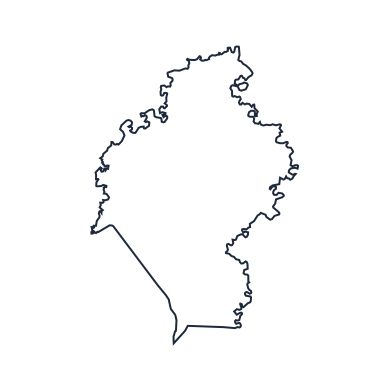 Mueang Yang, Nakhon Ratchasima, Thailand, rotated 282°
{"feature_id": "78962969B16605171909127", "entity_name": "Mueang Yang", "entity_type": "district", "adm_level": 2, "iso_a3": "THA", "parent_name": "Thailand", "parent_adm1": "Nakhon Ratchasima", "projection": "orthographic", "projection_center": [102.902, 15.442], "detail": "fine", "context": "isolated", "style": "outline", "palette": "slate", "viewbox_px": 384, "rotation_deg": 282, "n_neighbors": 0, "source": "geoboundaries", "source_scale": "gbopen_adm2", "svg_char_len": 6099}
<svg xmlns="http://www.w3.org/2000/svg" viewBox="0 0 384 384"><g transform="rotate(282 192 192)"><path d="M133.2,108.5L142.3,118.4L142.6,120.9L142.1,122.2L94.0,177.5L85.6,188.0L82.2,191.5L73.2,195.6L68.3,201.2L63.3,203.5L53.9,205.0L52.6,205.0L52.2,204.4L46.6,204.0L40.2,205.6L54.8,214.1L60.2,215.7L66.4,251.1L67.8,262.4L69.3,264.5L69.4,266.7L70.3,267.5L71.9,267.5L73.5,266.3L73.7,265.2L72.3,262.6L73.0,261.7L74.6,260.9L75.7,261.4L75.8,263.7L76.7,264.9L80.8,265.0L82.8,266.3L83.9,266.0L84.2,265.3L83.7,264.0L81.3,261.3L83.9,258.1L86.7,260.2L86.6,263.1L87.8,264.5L89.0,264.5L92.3,262.4L92.9,262.5L92.6,264.0L90.2,265.1L90.1,266.3L95.0,269.9L96.1,271.7L97.4,272.2L101.0,271.7L101.9,271.1L101.8,266.1L103.2,265.0L104.6,265.0L105.4,265.9L105.5,266.9L104.5,269.6L105.2,270.7L106.2,270.9L107.5,270.2L108.3,268.3L109.7,266.9L113.0,265.3L114.2,265.4L115.5,266.7L116.2,265.7L121.7,264.5L122.6,263.6L122.5,260.5L123.4,259.3L126.6,259.3L128.4,262.4L133.0,261.3L134.7,260.3L135.3,258.9L132.8,256.8L132.3,255.0L133.5,253.4L135.3,252.4L135.4,249.0L137.3,246.5L137.6,243.9L139.3,241.3L139.3,237.9L140.1,237.7L141.8,238.9L143.2,239.1L146.5,237.3L148.0,237.2L148.8,238.4L147.9,241.3L148.4,242.3L150.8,243.0L153.8,241.6L153.9,244.0L154.6,244.9L158.4,245.5L160.6,248.4L161.1,250.1L158.8,253.7L159.5,254.8L161.7,255.6L164.2,255.3L164.3,251.9L162.8,250.7L165.0,248.9L165.8,248.8L166.7,250.5L166.7,253.0L168.9,254.6L169.7,256.1L172.9,255.2L176.4,258.7L182.7,261.1L184.3,262.8L185.9,263.6L185.0,268.7L183.0,270.0L181.2,274.3L182.2,275.9L185.8,277.7L188.2,281.9L189.2,282.0L190.2,281.2L193.7,274.8L194.7,274.3L198.0,275.8L202.2,275.7L205.7,281.4L206.9,282.4L207.9,282.5L209.3,280.6L209.2,276.8L206.8,275.4L206.3,273.0L207.5,271.7L209.1,271.4L211.0,272.0L212.6,273.4L214.4,273.1L214.8,272.2L214.2,269.6L210.9,268.1L211.2,267.4L212.8,267.3L215.2,269.5L217.8,275.7L224.3,275.2L223.2,278.8L224.1,280.1L226.8,280.8L225.3,282.2L225.4,283.9L224.4,285.4L225.8,287.3L228.9,288.3L231.2,289.7L231.2,288.9L229.9,287.5L230.0,286.0L231.3,282.6L233.2,282.3L235.4,283.6L236.1,284.9L237.1,287.6L236.8,290.4L239.7,290.3L240.1,289.6L239.8,287.8L238.1,284.6L238.8,282.8L243.8,282.8L247.0,280.1L249.0,280.4L251.4,282.2L252.8,282.4L255.8,279.6L255.5,276.4L256.4,274.9L257.6,274.5L259.8,275.5L260.7,275.0L260.7,274.1L258.6,270.9L258.0,267.6L258.3,264.4L259.1,263.6L262.1,263.3L263.7,264.3L265.5,266.6L268.2,265.4L269.7,267.6L272.4,264.3L275.6,265.2L276.3,264.9L276.5,263.9L274.7,260.2L275.0,256.8L273.6,254.6L273.3,250.8L271.9,248.0L272.3,245.2L274.6,243.9L272.5,242.7L272.4,239.2L273.8,237.6L276.5,237.6L278.0,236.6L278.3,235.7L277.6,233.1L278.1,231.4L278.8,231.0L281.9,231.2L283.8,233.0L284.2,235.6L283.5,236.8L279.5,237.7L279.3,238.3L279.8,239.6L281.6,239.0L284.4,239.6L286.9,235.8L290.4,234.7L290.2,233.8L287.7,232.7L290.0,229.7L289.8,227.0L288.7,225.6L289.7,222.8L287.8,221.9L287.6,220.6L289.1,219.4L290.8,219.4L292.9,220.4L294.9,219.3L295.2,218.3L294.1,216.5L294.7,213.8L293.8,212.5L294.3,211.3L299.2,210.1L301.5,207.9L304.2,208.5L304.9,209.6L304.7,214.8L301.6,217.2L301.4,219.2L303.7,223.3L308.2,224.4L309.6,223.3L309.9,220.1L308.8,219.1L307.3,215.9L305.7,215.0L305.7,214.3L306.9,211.2L309.7,211.0L310.9,211.4L311.8,214.0L315.5,215.3L316.1,216.2L315.8,217.0L314.4,217.9L314.2,219.5L312.5,221.0L312.7,221.6L316.2,223.4L318.5,226.0L320.6,226.6L321.6,226.1L324.7,222.5L326.9,218.6L328.1,215.1L330.0,213.1L330.0,211.2L330.8,209.8L336.0,210.0L343.8,207.6L343.6,205.3L342.6,204.1L338.1,204.2L337.0,203.5L337.1,201.8L341.0,199.3L340.7,197.3L340.2,196.9L339.4,197.7L338.4,197.3L337.6,197.7L336.1,196.3L335.9,194.9L332.9,192.3L332.5,190.3L333.8,190.2L333.8,189.6L331.8,189.6L331.7,188.4L330.3,186.4L329.9,183.0L327.9,181.2L326.6,180.7L325.6,181.1L323.8,178.4L324.0,177.5L322.9,176.2L322.5,174.1L323.5,172.4L325.0,172.9L326.2,172.2L326.4,171.2L323.0,169.3L321.7,167.5L320.8,162.2L321.3,159.9L320.3,159.6L319.5,161.6L317.5,162.6L315.0,162.1L313.1,162.7L311.6,162.1L311.5,159.9L308.1,154.5L307.3,149.4L303.7,143.5L302.8,143.4L299.8,144.8L299.3,148.7L298.3,149.6L296.7,149.8L294.1,148.2L291.8,149.0L290.5,148.6L290.4,146.7L289.3,145.3L290.4,142.8L289.4,139.8L287.9,139.7L286.1,140.6L283.5,140.4L280.4,141.3L279.9,142.4L280.6,143.7L283.2,144.3L283.5,146.7L283.1,147.3L278.9,147.2L275.2,148.2L273.1,146.8L271.7,149.4L270.9,149.7L268.2,147.9L268.2,146.9L269.6,145.9L269.1,144.0L266.2,142.8L262.5,144.3L263.9,146.4L263.7,149.6L262.4,149.4L261.3,147.1L259.3,148.6L261.4,150.7L260.6,152.1L258.8,152.4L254.8,150.6L254.2,149.3L254.4,147.8L256.9,147.0L257.9,146.1L257.7,141.9L258.2,139.7L264.0,137.7L264.6,136.1L263.2,133.2L259.1,129.2L258.5,126.0L257.6,125.4L255.3,126.8L256.0,127.6L256.1,129.0L257.4,129.9L257.2,131.0L256.4,132.0L255.1,132.3L251.3,131.1L250.8,132.4L251.8,133.7L251.2,135.8L247.9,136.2L244.3,133.0L244.3,131.8L246.0,131.1L245.0,128.3L243.7,126.5L238.1,124.4L237.6,122.5L238.3,119.5L239.2,118.7L240.6,120.2L242.2,120.1L243.2,118.5L242.3,117.1L242.7,116.3L245.1,119.0L247.7,118.9L249.0,117.1L249.2,115.0L248.2,113.1L242.5,109.1L238.5,108.6L236.4,112.1L233.2,114.2L227.0,112.7L223.1,110.2L223.5,108.7L222.5,107.7L222.5,105.9L224.3,104.1L224.2,102.8L220.7,103.3L217.5,100.6L214.7,100.3L211.0,97.4L208.3,97.3L206.0,95.2L205.1,97.5L204.0,97.2L203.0,98.4L201.9,98.0L201.6,99.2L200.4,99.4L200.1,100.6L199.1,101.1L199.2,102.7L200.2,103.3L200.4,104.9L197.2,105.0L197.2,103.8L195.1,102.9L196.8,102.1L196.6,101.4L193.7,100.8L193.0,99.3L194.7,97.9L196.3,98.8L197.0,97.2L191.0,93.6L189.0,94.6L184.5,95.5L185.2,97.3L184.9,97.8L181.6,96.5L178.0,97.1L177.8,98.0L179.0,102.0L180.5,103.8L180.2,107.0L179.0,107.1L178.9,105.5L177.8,104.8L177.1,105.3L176.0,105.0L174.0,106.3L172.2,106.1L172.4,108.8L169.6,111.9L167.3,111.5L165.9,109.0L165.7,106.8L163.9,107.6L162.8,106.9L162.5,104.5L160.3,105.5L157.7,104.9L155.7,108.5L154.5,107.5L152.7,107.8L154.3,106.1L153.6,105.5L151.6,105.3L149.8,106.5L148.0,106.7L143.9,104.9L139.0,105.1L138.6,103.1L137.1,103.6L136.5,103.2L137.3,101.8L136.8,101.0L135.9,101.8L134.0,102.2L133.3,103.9L131.9,101.9L130.4,102.3L130.6,103.3L132.2,105.2L131.8,106.6L133.4,107.8L133.2,108.5Z" fill="none" stroke="#1e293b" stroke-width="2"/></g></svg>